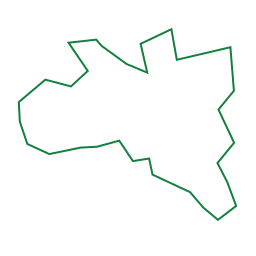 map outline of Durbes (Natural Earth projection), rotated 177°
{"feature_id": "LVA-5720", "entity_name": "Durbes", "entity_type": "Municipality", "adm_level": 1, "iso_a3": "LVA", "parent_name": "Latvia", "parent_adm1": "", "projection": "natural_earth1", "projection_center": [21.414, 56.63], "detail": "fine", "context": "isolated", "style": "outline", "palette": "green", "viewbox_px": 256, "rotation_deg": 177, "n_neighbors": 0, "source": "natural_earth", "source_scale": "10m", "svg_char_len": 527}
<svg xmlns="http://www.w3.org/2000/svg" viewBox="0 0 256 256"><g transform="rotate(177 128 128)"><path d="M43.0,31.6L56.9,44.5L69.4,60.7L106.0,80.2L108.5,96.4L124.8,94.7L137.4,115.8L160.1,110.9L176.5,110.9L208.0,106.1L229.4,117.4L235.7,140.1L235.7,159.6L208.0,180.6L182.8,172.5L165.2,187.1L182.9,216.3L155.1,217.9L150.1,211.4L126.1,192.0L105.9,182.3L111.0,211.4L79.5,224.4L75.7,193.6L21.5,203.3L20.3,159.6L36.7,141.7L22.8,107.7L40.5,88.3L31.7,68.8L24.1,44.5L43.0,31.6Z" fill="none" stroke="#15803d" stroke-width="2"/></g></svg>